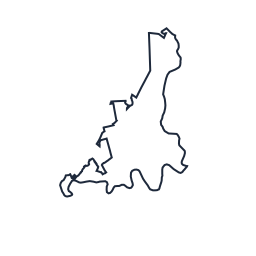 Horia, Neamt, Romania (Albers equal-area conic projection), rotated 57°
{"feature_id": "2599482B76936506644136", "entity_name": "Horia", "entity_type": "district", "adm_level": 2, "iso_a3": "ROU", "parent_name": "Romania", "parent_adm1": "Neamt", "projection": "albers", "projection_center": [26.909, 46.892], "detail": "fine", "context": "isolated", "style": "outline", "palette": "slate", "viewbox_px": 256, "rotation_deg": 57, "n_neighbors": 0, "source": "geoboundaries", "source_scale": "gbopen_adm2", "svg_char_len": 5703}
<svg xmlns="http://www.w3.org/2000/svg" viewBox="0 0 256 256"><g transform="rotate(57 128 128)"><path d="M194.4,133.1L191.4,129.4L190.3,128.3L187.8,126.5L186.7,125.1L185.2,124.3L181.5,121.9L180.0,120.5L179.0,117.5L179.6,115.3L181.6,113.7L183.3,113.2L187.3,112.1L192.9,109.6L193.7,108.9L194.3,108.4L194.5,107.3L194.5,106.3L193.9,104.7L193.4,102.6L193.2,102.3L193.1,101.8L192.6,100.0L192.3,99.3L192.2,99.2L192.1,99.4L189.0,101.9L187.3,102.3L186.0,101.7L185.1,100.8L182.1,96.2L180.1,94.0L178.8,93.2L178.0,92.9L170.5,94.4L168.9,93.8L166.2,91.9L165.0,90.6L163.0,90.2L160.9,90.1L159.5,90.4L154.7,96.9L150.6,98.9L147.7,98.8L145.7,98.3L143.4,98.5L140.4,97.0L138.6,94.1L136.5,92.2L134.6,89.1L131.8,86.2L129.4,84.3L127.0,83.0L123.8,81.4L121.4,80.7L118.9,80.2L112.4,74.4L107.2,69.0L104.8,65.8L103.6,62.6L104.7,56.5L104.9,52.6L104.7,51.8L104.5,51.3L104.3,50.9L103.9,50.3L103.6,49.9L103.0,49.4L101.8,48.4L100.9,47.9L100.6,47.7L99.9,47.1L98.9,46.2L97.5,45.5L95.8,45.7L93.8,45.8L91.9,45.6L90.3,45.1L89.7,44.5L89.3,43.4L88.2,41.7L86.7,40.7L85.1,39.9L84.6,39.7L82.0,39.4L81.5,39.3L81.1,39.3L80.5,39.5L79.8,39.6L78.9,39.5L78.2,39.4L77.5,39.1L77.2,38.9L76.5,38.3L76.1,38.0L75.0,38.7L73.7,39.4L73.1,39.7L72.0,39.9L71.1,40.2L65.4,41.4L65.4,45.0L65.4,46.8L65.4,47.0L65.8,47.5L66.1,47.7L66.6,47.6L67.8,47.1L68.3,46.8L68.8,46.4L68.9,45.8L69.0,45.0L69.1,44.5L69.2,44.4L70.0,45.9L70.7,46.8L72.0,48.8L66.2,50.9L65.9,51.1L65.7,51.3L65.4,51.6L64.8,52.3L60.6,57.4L60.2,57.8L59.7,58.7L74.3,67.4L82.4,72.3L92.0,78.1L95.7,84.7L96.0,85.3L96.5,86.2L97.6,88.1L97.7,88.3L100.4,93.2L101.0,94.3L104.8,100.8L105.8,102.4L105.9,102.7L106.6,103.8L107.0,104.5L103.0,106.1L102.4,106.4L102.5,106.5L103.1,107.4L103.4,107.7L104.5,109.1L105.2,109.0L105.6,109.1L105.8,109.1L106.2,109.4L106.6,109.6L107.8,109.8L108.8,110.1L109.1,110.3L109.7,110.7L110.2,111.1L110.6,111.6L110.7,111.8L110.8,112.4L110.7,112.8L110.7,113.1L110.6,113.4L110.6,114.0L110.6,114.4L110.6,114.8L110.9,115.9L111.0,116.7L111.1,117.0L111.5,118.6L111.2,118.4L111.0,118.2L111.0,117.9L110.5,117.6L110.6,117.3L110.4,117.1L110.3,116.9L110.5,116.8L110.5,116.7L110.1,115.9L109.8,115.9L109.8,115.4L109.8,115.1L109.9,114.7L109.6,115.0L109.1,115.6L108.0,116.0L107.5,116.2L107.0,116.5L106.7,116.6L106.3,116.6L105.9,116.7L105.2,116.6L104.9,116.4L104.6,116.0L104.2,115.3L103.9,115.2L101.4,119.4L98.8,123.8L97.0,127.0L96.7,127.6L97.0,127.8L97.4,127.9L97.8,127.7L98.0,127.8L98.0,128.0L97.6,128.7L97.6,128.9L97.9,129.1L98.0,129.3L98.2,129.5L98.3,129.2L98.6,128.6L99.4,127.0L101.6,127.8L102.6,128.3L104.9,129.3L114.8,133.4L115.1,133.5L115.3,133.5L115.7,133.4L116.1,135.2L116.3,136.0L116.4,136.5L116.4,137.8L116.4,138.5L117.8,138.6L115.9,144.0L114.3,148.2L114.4,148.3L118.0,149.5L117.9,150.2L118.0,151.3L118.1,152.0L118.2,152.6L118.7,153.1L119.4,154.2L119.5,154.3L121.1,156.7L122.4,158.9L123.2,160.5L124.3,162.9L127.9,161.8L127.1,161.2L125.8,160.5L125.2,160.3L124.8,160.1L124.5,159.7L124.3,159.3L124.0,158.8L123.6,158.2L123.3,157.9L124.5,154.0L125.0,152.5L125.2,151.7L134.7,154.7L137.6,155.6L138.9,156.1L143.9,157.7L144.1,160.1L144.1,160.7L144.3,162.5L144.3,164.3L144.4,165.1L144.4,166.0L144.4,166.5L144.4,166.8L144.3,167.0L144.1,167.4L144.2,167.6L144.2,168.4L144.2,168.7L144.5,169.7L144.8,170.1L150.4,170.6L151.8,170.6L153.3,170.5L153.3,171.0L153.5,171.6L153.5,171.8L153.2,172.4L153.1,173.6L153.0,174.5L152.2,174.4L151.6,174.4L151.2,174.6L150.4,174.6L150.3,174.9L150.2,175.1L149.5,175.5L148.6,176.3L148.0,176.7L147.8,176.9L147.5,177.1L147.2,177.4L146.9,177.7L146.6,177.1L146.3,176.8L146.0,176.3L145.8,176.0L145.5,175.5L145.1,174.9L144.8,174.8L144.6,174.5L144.4,174.1L142.9,174.1L142.7,174.2L142.7,174.3L142.3,174.4L141.8,174.2L141.4,174.2L141.1,173.9L140.3,173.9L140.3,174.3L139.6,174.3L138.3,174.4L138.3,174.0L137.6,174.0L137.4,174.2L136.8,174.1L135.2,174.1L134.8,174.3L134.2,174.5L134.2,176.1L134.3,176.2L134.3,176.4L134.3,176.5L134.0,176.7L134.0,176.9L134.1,177.1L133.9,177.2L133.8,177.5L134.0,177.6L134.4,177.9L134.4,178.4L134.6,178.6L134.8,178.7L134.9,179.1L135.1,179.3L135.8,180.0L136.4,180.2L136.9,180.2L137.2,180.3L137.4,180.6L137.5,181.2L137.6,181.8L137.6,182.0L137.6,182.4L137.3,183.3L137.1,183.5L136.4,183.9L136.3,184.8L136.3,185.1L136.4,185.4L136.4,185.7L136.7,185.7L136.7,185.8L136.7,186.0L137.0,186.1L137.1,185.9L137.3,186.4L137.6,187.2L137.8,188.1L138.1,188.9L138.8,189.8L139.2,190.1L139.3,191.3L139.5,191.3L139.7,191.6L139.8,191.8L139.7,192.5L139.8,192.7L139.9,192.9L140.1,193.4L140.7,195.2L140.8,195.6L140.7,195.9L140.8,196.4L140.7,197.4L141.9,201.3L140.5,201.7L140.1,200.4L140.0,200.1L139.4,198.1L138.2,198.4L138.3,199.0L138.8,202.3L137.1,201.9L135.3,201.6L135.2,202.0L135.3,202.4L135.3,203.3L135.0,203.9L134.8,204.2L134.7,204.4L133.9,206.0L135.1,207.4L136.6,210.3L136.6,212.5L137.5,214.4L139.0,216.1L145.4,217.8L147.8,217.8L149.5,218.0L151.0,217.6L152.3,216.4L153.4,213.5L153.7,211.7L153.2,210.9L152.3,210.8L151.6,210.9L149.9,211.4L148.7,212.0L146.7,211.5L145.0,209.9L143.3,207.0L141.8,203.7L142.1,202.6L142.3,201.9L142.9,201.3L143.8,200.5L145.1,199.7L147.0,198.6L148.1,197.4L149.1,195.2L150.3,192.1L151.7,189.0L154.2,186.2L156.4,184.2L157.3,182.0L157.5,181.0L160.3,176.0L162.0,175.2L164.1,175.7L165.5,177.7L168.2,179.6L170.3,180.6L172.2,179.9L172.7,178.4L172.3,176.3L171.4,174.4L170.1,172.3L169.7,170.7L170.7,168.8L171.9,166.8L172.2,164.2L173.4,162.4L174.8,161.8L175.8,161.5L177.2,161.1L178.1,160.4L179.3,159.4L179.8,157.9L179.4,156.6L178.5,155.0L176.7,154.2L173.9,153.5L170.2,152.1L167.1,149.8L166.2,147.8L166.5,145.3L167.5,143.5L169.0,142.2L170.7,141.9L175.0,142.5L178.7,143.0L181.9,143.0L186.9,142.7L190.0,142.9L191.5,142.8L193.9,141.0L195.0,139.3L196.0,137.4L196.1,136.9L196.1,136.2L196.3,135.5L195.7,134.5L194.4,133.1Z" fill="none" stroke="#1e293b" stroke-width="2"/></g></svg>